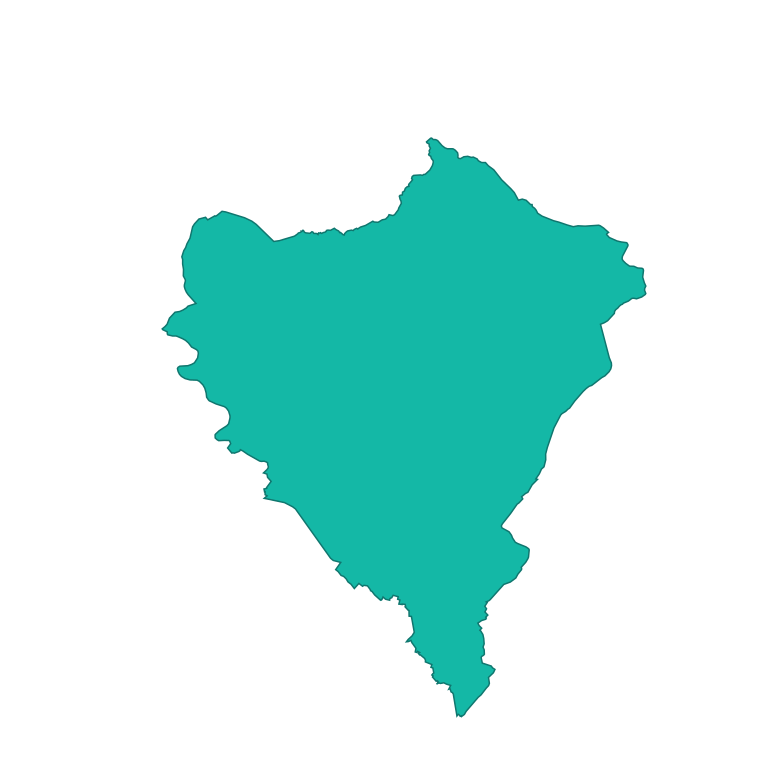 outline of Phanom Thuan, Kanchanaburi, Thailand, rotated 121°
{"feature_id": "78962969B66646972334810", "entity_name": "Phanom Thuan", "entity_type": "district", "adm_level": 2, "iso_a3": "THA", "parent_name": "Thailand", "parent_adm1": "Kanchanaburi", "projection": "albers", "projection_center": [99.694, 14.148], "detail": "fine", "context": "isolated", "style": "filled", "palette": "teal", "viewbox_px": 768, "rotation_deg": 121, "n_neighbors": 0, "source": "geoboundaries", "source_scale": "gbopen_adm2", "svg_char_len": 6171}
<svg xmlns="http://www.w3.org/2000/svg" viewBox="0 0 768 768"><g transform="rotate(121 384 384)"><path d="M143.1,420.1L143.5,424.3L144.8,425.9L145.7,429.5L148.1,432.6L151.3,434.4L152.1,436.1L151.8,437.4L149.8,438.4L147.9,440.0L146.9,443.3L146.8,445.6L147.2,446.7L149.7,450.8L150.2,453.3L149.8,457.0L147.7,463.4L147.9,465.6L149.1,467.7L148.7,469.8L149.3,470.6L154.6,472.3L155.1,471.6L155.1,468.8L156.8,467.8L158.0,465.6L160.9,465.4L162.1,464.1L164.2,464.0L164.8,463.1L164.7,461.3L166.3,459.5L167.3,456.8L169.0,455.8L171.9,455.0L177.0,454.9L183.2,456.7L183.7,457.7L185.4,458.6L186.0,460.4L189.9,466.0L191.6,466.7L193.8,466.1L194.1,464.9L194.5,464.7L199.7,465.6L200.8,465.4L201.8,464.4L202.9,465.7L205.3,466.5L208.1,465.9L210.0,466.9L212.5,465.7L214.0,467.4L215.1,467.6L217.6,465.1L218.3,463.8L220.2,462.2L225.5,462.0L227.4,461.5L233.4,462.1L235.0,463.1L236.3,466.9L238.3,466.7L241.9,467.6L244.2,470.1L248.4,472.3L250.2,475.8L250.2,477.4L257.6,481.5L261.6,485.0L264.7,486.4L264.6,487.6L266.8,489.1L268.3,489.4L268.9,491.2L271.5,494.0L272.8,494.6L275.3,495.2L276.7,494.8L277.1,495.8L276.5,499.4L277.0,499.9L276.2,501.7L276.4,504.6L276.1,506.8L279.8,509.0L281.0,511.4L282.0,512.4L283.0,512.2L284.3,512.8L285.5,514.1L287.0,514.9L287.0,516.4L287.6,516.5L288.2,517.9L289.9,517.5L289.9,518.0L289.5,518.2L289.8,519.5L291.1,521.8L290.4,523.2L290.6,524.2L293.0,525.1L294.7,528.8L294.9,530.3L293.9,532.1L294.0,532.7L295.3,532.9L295.6,533.7L296.0,533.3L297.4,534.0L298.7,535.2L299.7,535.3L303.4,536.9L315.2,547.7L318.6,551.9L313.0,575.7L312.5,581.1L313.3,589.1L318.0,608.2L319.4,611.8L325.5,614.0L326.9,614.8L327.0,615.6L334.1,619.7L333.0,622.8L337.9,627.6L344.3,628.9L347.8,629.0L358.9,625.4L365.4,625.1L369.1,624.3L372.8,624.3L379.1,622.8L381.0,620.7L384.9,618.4L389.0,614.9L394.7,611.7L396.9,608.1L398.0,607.3L402.0,606.1L403.5,605.2L405.3,603.2L407.1,600.6L408.3,597.9L411.8,586.6L418.2,592.1L420.6,592.6L424.1,594.4L427.1,596.5L430.1,600.1L438.0,601.8L444.5,600.7L447.6,601.3L451.0,602.5L451.4,601.5L450.9,596.7L452.8,595.4L453.2,594.6L451.7,589.9L449.9,586.9L449.6,585.4L448.9,580.1L448.8,576.7L449.5,572.8L451.4,568.0L451.1,562.4L451.7,560.3L453.4,558.9L457.6,557.2L463.5,557.4L466.4,559.1L469.3,561.5L473.9,568.2L475.8,569.1L477.2,569.0L479.4,566.8L481.0,564.3L481.8,561.6L481.8,557.3L480.4,552.4L477.0,546.2L476.8,543.6L478.0,538.8L479.9,535.4L483.3,531.8L486.7,529.2L488.1,526.2L488.4,525.0L487.6,517.7L485.6,509.2L485.8,506.7L487.3,503.2L490.6,499.6L492.5,498.5L498.1,496.7L500.7,497.2L508.8,501.2L513.8,502.6L514.6,502.6L517.2,500.9L517.7,498.5L517.7,496.5L514.6,491.9L512.3,487.8L512.3,487.0L514.1,484.7L519.4,485.1L521.6,478.9L520.8,478.0L520.3,476.6L516.7,473.7L515.5,473.1L514.3,473.3L514.1,470.5L514.5,464.6L514.1,451.0L513.6,449.4L511.9,447.0L511.4,444.5L511.6,443.0L512.5,442.6L514.5,440.5L515.7,440.1L517.6,440.2L522.3,441.5L521.5,437.9L524.0,435.7L525.6,430.6L533.3,431.3L533.9,430.8L535.8,432.8L538.0,430.8L537.6,430.4L540.1,428.9L540.1,426.6L543.7,427.8L536.9,408.2L536.3,399.2L536.7,395.5L560.9,340.0L561.4,336.6L559.2,329.2L568.0,329.8L568.4,326.7L570.2,322.2L569.7,319.5L570.5,316.1L572.2,312.9L572.6,309.2L574.6,304.1L567.9,302.8L568.4,298.2L566.9,297.5L565.5,294.2L567.4,289.7L568.1,289.1L568.0,287.4L569.6,283.4L571.1,275.7L570.3,275.5L570.4,274.9L569.8,274.8L567.1,275.1L567.7,271.8L566.4,267.8L565.1,268.4L564.2,268.1L563.3,267.3L560.4,267.3L559.0,262.3L561.5,261.4L561.0,259.1L565.0,257.9L563.7,254.9L563.3,255.1L562.0,252.4L563.8,250.7L564.2,251.0L565.5,246.6L565.3,245.9L570.1,242.9L569.1,240.8L581.2,230.2L585.4,230.2L590.5,231.7L593.4,232.0L592.2,230.4L589.9,228.8L591.4,226.8L594.1,220.5L597.6,219.2L597.2,217.6L595.8,217.5L595.8,215.2L597.1,215.9L597.9,214.0L597.4,213.6L598.3,207.8L599.4,206.2L600.9,205.4L599.8,198.5L602.7,197.8L602.2,195.9L606.1,192.5L607.5,193.0L608.8,193.1L609.0,191.5L610.2,191.5L611.9,186.3L611.0,185.7L611.1,184.6L611.6,184.8L612.1,183.9L614.2,184.4L612.0,183.0L611.6,181.4L609.3,178.8L609.1,175.9L608.0,171.6L612.2,171.3L611.2,170.5L613.4,167.9L613.3,166.4L614.0,165.0L631.0,150.5L628.9,150.3L629.0,148.8L629.6,147.5L628.7,146.8L629.1,146.3L625.8,144.9L622.3,145.0L604.0,141.9L600.5,140.7L592.0,139.7L588.7,139.0L586.3,139.5L581.7,143.3L575.2,141.5L571.5,141.9L571.4,144.8L570.5,146.8L572.6,156.0L568.5,159.8L567.3,160.0L565.1,158.9L563.9,158.8L560.3,161.2L558.5,163.6L555.2,164.3L550.8,167.4L547.8,170.2L545.9,173.8L545.7,175.0L543.0,174.5L542.1,178.0L540.6,180.4L536.5,178.5L533.2,175.6L531.9,175.8L531.5,176.7L528.6,176.0L527.4,180.1L523.9,180.3L522.6,183.1L518.1,183.0L518.1,184.1L515.8,182.5L514.1,181.9L494.1,178.1L488.7,173.7L482.4,171.1L478.1,171.3L472.3,170.5L471.1,171.1L470.4,172.0L463.9,170.7L459.7,170.7L457.9,171.0L451.4,174.1L450.7,175.2L450.5,178.4L451.9,187.3L452.0,190.0L449.8,194.5L448.0,196.8L446.3,200.6L446.6,208.6L445.6,210.0L444.8,210.4L442.9,210.5L429.8,208.8L418.4,208.0L416.5,207.1L411.0,205.9L409.7,208.0L404.9,206.3L402.7,204.9L394.1,205.1L386.7,203.3L387.2,205.0L381.0,204.6L375.8,205.2L372.6,204.2L365.7,206.3L360.7,209.4L354.3,211.3L334.1,215.7L319.6,216.6L317.8,216.2L313.7,214.1L310.9,213.4L309.1,212.5L300.2,211.7L287.9,209.5L283.8,208.4L280.3,207.0L278.2,205.2L266.3,200.6L263.2,198.8L257.6,197.4L254.2,197.4L251.1,198.4L248.8,200.0L245.5,204.4L221.3,229.2L218.0,226.7L214.6,224.9L204.9,222.9L203.1,223.7L201.1,223.7L198.4,222.7L196.3,222.4L194.3,221.8L192.8,220.7L191.4,220.4L187.0,217.2L182.9,215.6L181.8,214.0L180.9,211.4L176.7,207.9L172.8,206.2L171.6,206.2L169.4,209.0L167.6,209.8L165.2,210.0L163.2,212.9L159.2,217.3L153.1,220.0L152.0,221.0L151.9,222.4L153.9,226.3L154.4,230.4L156.5,234.2L156.1,238.9L155.2,242.5L154.5,243.9L153.5,244.7L151.6,245.4L139.9,246.1L139.0,246.6L138.0,248.2L138.0,249.1L140.1,253.9L141.4,258.1L142.4,266.3L141.2,270.2L140.4,270.4L138.4,269.6L137.2,276.1L137.0,280.2L137.3,281.7L145.1,292.9L148.5,299.2L151.7,302.8L153.3,308.7L155.2,317.5L156.7,322.7L158.7,334.9L158.5,340.2L156.6,343.2L155.8,345.4L155.5,348.3L153.9,349.5L154.7,350.8L153.3,356.8L154.3,360.7L157.2,363.5L152.8,370.9L151.3,375.8L148.4,388.3L143.9,400.1L143.2,407.0L141.9,411.1L143.7,414.1L144.0,415.1L144.0,418.2L143.1,420.1Z" fill="#14b8a6" stroke="#0f766e" stroke-width="1.5"/></g></svg>